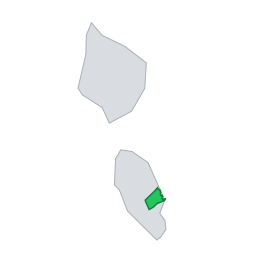 Anoamaa West, Atua, Samoa shown in context, rotated 45°
{"feature_id": "51752279B84005486161321", "entity_name": "Anoamaa West", "entity_type": "district", "adm_level": 2, "iso_a3": "WSM", "parent_name": "Samoa", "parent_adm1": "Atua", "projection": "equal_earth", "projection_center": [-171.642, -13.913], "detail": "fine", "context": "in_parent", "style": "filled", "palette": "green", "viewbox_px": 256, "rotation_deg": 45, "n_neighbors": 0, "source": "geoboundaries", "source_scale": "gbopen_adm2", "svg_char_len": 2148}
<svg xmlns="http://www.w3.org/2000/svg" viewBox="0 0 256 256"><g transform="rotate(45 128 128)"><path d="M94.9,69.0L111.8,88.1L118.6,113.5L111.3,137.8L95.4,131.8L72.2,136.9L64.5,135.2L45.9,105.4L33.0,92.0L27.7,79.4L44.2,80.8L68.1,72.5L94.9,69.0ZM227.6,186.9L186.2,187.0L165.8,177.9L158.6,177.8L141.0,158.6L138.3,148.5L147.5,141.8L166.6,138.3L205.0,153.0L210.8,165.9L219.6,167.3L226.5,172.9L228.3,182.0L227.6,186.9Z" fill="#d9dde1" stroke="#a8b0b8" stroke-width="1"/><path d="M191.2,166.9L193.2,167.9L195.2,168.6L197.0,169.3L198.0,169.6L198.5,169.8L199.1,170.1L200.6,170.7L201.9,166.0L201.9,164.1L202.0,161.0L202.0,160.7L202.0,160.1L202.0,159.8L202.1,159.5L202.4,159.6L202.8,159.2L203.0,158.5L203.9,156.3L204.0,156.1L204.1,155.7L204.3,155.3L204.4,155.2L204.6,154.8L204.7,154.6L204.8,154.1L204.9,153.8L204.9,153.5L204.9,152.7L204.8,152.4L204.8,152.2L204.8,151.9L204.7,151.7L204.4,151.6L204.3,151.9L204.2,152.1L204.2,152.3L204.3,152.2L204.4,152.3L204.2,152.6L204.2,152.4L203.9,152.5L203.7,152.7L203.6,152.8L203.5,153.0L203.4,153.1L203.1,153.2L203.0,153.3L203.0,153.6L202.8,153.8L202.7,153.8L202.6,154.0L202.4,154.1L202.2,154.1L201.8,154.0L201.8,153.9L201.7,153.8L201.7,153.7L201.6,153.4L201.5,153.2L201.4,153.0L201.3,152.9L201.1,152.7L201.1,152.8L201.1,152.7L201.0,152.4L201.0,152.2L200.9,152.1L200.9,151.9L200.7,151.9L200.6,151.7L200.4,151.7L200.2,151.8L200.1,151.7L200.0,151.8L200.0,151.7L199.9,151.7L199.7,151.7L199.4,151.5L199.2,151.8L199.1,152.0L198.9,152.3L198.6,152.4L198.4,152.3L198.2,152.3L198.1,152.2L197.8,151.9L197.7,151.8L197.7,151.7L197.4,151.5L197.2,151.4L197.0,151.2L196.9,151.1L196.8,150.8L196.8,150.7L196.7,150.6L196.6,150.4L196.4,150.4L196.2,150.4L196.0,150.2L195.9,150.1L195.8,149.9L195.8,149.7L195.7,149.5L195.6,149.4L195.7,149.2L195.6,149.3L195.6,149.5L195.3,149.5L195.1,149.5L195.0,149.4L194.9,149.5L194.8,149.4L194.6,149.5L194.5,149.4L194.4,149.4L194.2,149.5L193.9,149.6L193.7,149.6L193.4,149.5L193.2,149.5L192.9,149.8L192.7,150.0L192.4,149.9L192.2,149.7L191.8,149.8L191.6,149.7L191.4,149.6L191.2,149.5L191.1,149.4L191.1,149.5L191.3,151.5L191.4,153.3L191.2,166.9Z" fill="#22c55e" stroke="#15803d" stroke-width="1.5"/></g></svg>